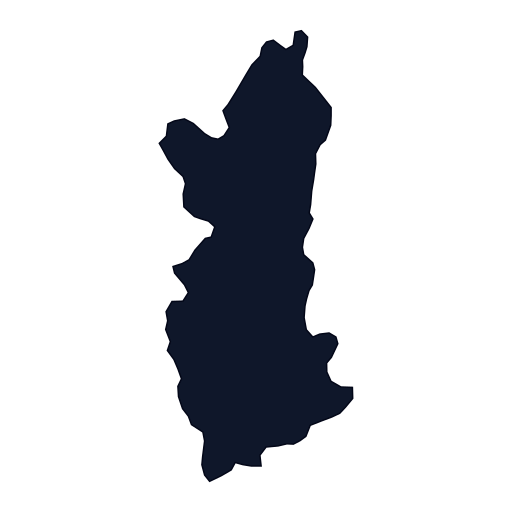 the district of Aparecida, São Paulo, Brazil
{"feature_id": "56859067B61499602209927", "entity_name": "Aparecida", "entity_type": "district", "adm_level": 2, "iso_a3": "BRA", "parent_name": "Brazil", "parent_adm1": "São Paulo", "projection": "orthographic", "projection_center": [-45.236, -22.909], "detail": "fine", "context": "isolated", "style": "filled", "palette": "ink", "viewbox_px": 512, "rotation_deg": 0, "n_neighbors": 0, "source": "geoboundaries", "source_scale": "gbopen_adm2", "svg_char_len": 1696}
<svg xmlns="http://www.w3.org/2000/svg" viewBox="0 0 512 512"><path d="M261.1,466.0L259.9,455.2L266.1,447.0L278.0,445.9L286.9,443.8L293.4,444.1L300.1,440.6L305.9,436.3L310.2,425.3L321.1,421.0L332.0,416.9L339.8,413.2L345.5,407.1L352.7,398.4L352.4,387.4L340.9,387.0L331.0,381.3L326.8,372.0L326.6,363.0L331.4,357.3L337.8,343.7L335.9,337.0L329.1,333.0L319.8,334.1L312.8,337.0L306.3,329.7L304.1,317.6L305.0,305.9L306.6,298.7L309.0,290.5L312.3,285.0L313.6,276.5L314.6,269.7L312.8,262.9L303.7,254.7L302.4,247.3L303.7,238.4L309.0,228.4L312.9,219.0L309.2,212.9L310.6,204.7L311.7,191.0L313.6,179.7L314.5,172.9L315.8,164.0L315.5,153.6L320.1,144.7L325.4,140.1L330.7,125.3L331.1,115.7L331.1,107.5L315.3,87.4L308.2,80.7L302.3,75.0L302.7,66.7L302.4,60.0L305.0,52.9L306.9,46.7L307.6,37.1L301.4,30.7L295.1,32.1L293.2,45.3L285.9,49.5L280.0,45.3L273.3,40.2L266.5,42.0L261.9,47.8L260.2,56.3L252.0,64.8L246.1,74.6L236.1,91.7L228.0,104.7L223.0,110.7L225.9,118.6L229.3,127.5L224.0,135.7L218.1,139.2L211.4,137.8L204.5,133.6L193.3,123.5L184.4,118.9L174.2,121.0L167.9,123.9L166.4,136.2L159.3,143.3L163.4,150.6L168.1,159.3L174.6,168.6L183.1,176.5L185.5,183.7L183.2,194.0L183.9,206.9L194.4,216.5L200.3,218.6L208.5,221.1L214.8,226.8L211.2,237.1L205.3,238.4L195.0,250.1L189.1,259.8L182.2,263.6L173.0,266.5L174.6,273.1L184.5,284.8L188.4,292.6L182.9,301.2L172.0,301.5L166.1,311.7L167.7,320.8L165.7,329.5L170.4,341.6L167.4,350.5L173.9,359.4L178.0,369.0L181.5,378.8L177.9,386.3L178.5,396.6L182.6,408.7L188.4,416.2L191.5,424.6L202.9,432.0L204.6,441.0L202.6,457.0L201.9,464.8L204.6,475.0L209.6,481.3L221.4,475.6L231.2,469.9L235.2,462.5L242.8,464.6L251.4,466.0L261.1,466.0Z" fill="#0f172a" stroke="#020617" stroke-width="1.5"/></svg>